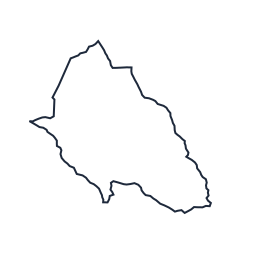 Duartina, São Paulo, Brazil (Equal Earth projection), rotated 283°
{"feature_id": "56859067B62482372645698", "entity_name": "Duartina", "entity_type": "district", "adm_level": 2, "iso_a3": "BRA", "parent_name": "Brazil", "parent_adm1": "São Paulo", "projection": "equal_earth", "projection_center": [-49.423, -22.399], "detail": "fine", "context": "isolated", "style": "outline", "palette": "slate", "viewbox_px": 256, "rotation_deg": 283, "n_neighbors": 0, "source": "geoboundaries", "source_scale": "gbopen_adm2", "svg_char_len": 1954}
<svg xmlns="http://www.w3.org/2000/svg" viewBox="0 0 256 256"><g transform="rotate(283 128 128)"><path d="M112.5,30.4L111.1,35.1L109.9,38.9L109.0,41.5L109.2,45.4L107.9,49.1L106.1,50.4L104.9,53.4L103.6,56.8L102.1,58.8L99.7,61.5L96.6,62.2L94.5,62.8L93.5,66.5L91.3,68.1L87.4,68.1L83.9,70.1L81.2,73.7L79.7,77.0L77.8,79.7L77.1,84.2L74.4,86.3L71.7,88.4L71.6,94.4L70.1,98.3L68.1,100.7L66.2,103.5L65.6,107.2L64.2,110.3L62.4,113.4L60.5,114.8L58.7,116.1L56.7,117.7L54.7,118.5L52.6,120.1L50.0,120.5L50.9,124.8L54.4,125.7L57.7,125.5L59.8,128.8L62.0,127.1L64.0,124.8L68.0,124.9L70.7,123.7L72.9,125.7L72.7,130.5L72.3,136.5L72.6,139.3L73.9,142.8L75.7,146.7L75.0,150.8L72.8,154.1L70.3,155.3L68.0,158.0L66.6,160.3L66.8,165.1L65.0,168.6L64.0,171.6L61.5,176.4L60.8,180.8L59.7,185.7L58.4,189.5L57.1,192.5L58.5,195.0L60.0,198.6L58.0,202.3L60.3,205.0L62.9,207.9L65.8,210.1L66.6,214.5L67.5,218.5L69.6,221.4L70.2,225.2L73.6,225.6L75.2,222.3L77.4,220.3L80.3,221.7L82.9,220.4L85.5,220.3L86.8,218.0L89.7,216.9L92.5,217.0L95.6,215.4L97.0,211.8L98.8,209.9L101.3,208.2L104.2,204.5L107.4,203.3L109.5,201.0L111.3,197.2L112.2,194.1L113.1,191.3L115.2,192.5L117.7,192.4L120.9,189.1L124.1,187.9L125.9,186.6L128.1,186.3L129.4,183.5L131.4,180.3L132.5,177.7L133.8,175.3L136.4,174.0L140.6,172.8L143.0,170.6L145.6,169.2L149.2,166.7L152.1,165.9L154.2,163.1L156.4,160.9L157.6,157.7L158.1,151.5L160.4,148.6L161.1,146.1L161.7,141.8L161.3,137.4L163.4,134.3L166.3,132.5L170.6,128.9L172.7,127.3L176.6,123.7L179.4,121.4L181.6,119.5L184.0,118.5L187.8,117.8L186.8,113.0L185.5,108.5L184.0,103.1L183.1,99.5L185.3,97.2L187.3,96.3L189.2,95.5L191.3,92.9L193.9,91.1L195.6,89.2L198.4,87.2L200.8,84.8L206.0,79.4L202.5,77.4L200.2,75.0L198.5,71.7L195.6,71.0L192.7,70.0L191.2,67.2L190.0,64.7L187.5,63.2L186.0,60.9L184.5,58.8L183.0,56.5L153.7,50.9L140.7,47.6L139.2,49.9L122.7,53.0L120.0,50.0L120.0,45.0L119.0,42.1L117.0,38.9L114.8,35.8L113.0,33.7L112.5,30.4Z" fill="none" stroke="#1e293b" stroke-width="2"/></g></svg>